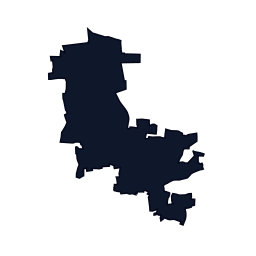 outline of Tinum, Yucatán, Mexico, rotated 82°
{"feature_id": "50627088B49969803808999", "entity_name": "Tinum", "entity_type": "district", "adm_level": 2, "iso_a3": "MEX", "parent_name": "Mexico", "parent_adm1": "Yucatán", "projection": "mercator", "projection_center": [-88.459, 20.741], "detail": "fine", "context": "isolated", "style": "filled", "palette": "ink", "viewbox_px": 256, "rotation_deg": 82, "n_neighbors": 0, "source": "geoboundaries", "source_scale": "gbopen_adm2", "svg_char_len": 5888}
<svg xmlns="http://www.w3.org/2000/svg" viewBox="0 0 256 256"><g transform="rotate(82 128 128)"><path d="M169.1,178.6L162.1,177.6L162.1,174.7L165.0,174.8L165.0,169.2L163.0,169.4L163.9,163.9L164.3,162.5L164.3,161.9L164.1,160.5L164.2,159.9L164.0,159.3L162.6,159.1L163.2,151.8L161.8,151.7L161.1,151.6L162.1,149.2L163.2,147.2L166.2,147.1L166.1,141.2L167.1,141.4L168.7,142.0L170.0,142.4L170.9,142.8L171.6,143.0L171.9,143.0L172.5,143.2L173.1,143.0L174.3,143.1L175.3,143.2L175.2,143.9L175.2,144.8L175.1,145.6L175.0,146.4L175.8,146.2L177.4,146.1L177.7,146.1L178.5,146.1L179.1,146.2L180.5,146.1L181.4,146.2L181.9,146.2L182.2,146.2L182.3,147.4L182.3,148.5L182.1,149.3L183.0,149.5L183.1,149.4L183.5,149.7L184.3,149.7L184.6,149.8L185.2,150.3L185.5,150.3L186.2,150.2L187.1,150.6L187.4,150.6L188.1,150.2L188.4,149.6L188.6,148.9L189.0,148.0L189.4,146.8L189.8,145.1L189.8,144.7L191.2,144.1L192.1,144.1L192.3,139.2L192.1,138.8L193.6,135.7L193.6,132.7L193.9,132.1L194.8,130.2L195.2,129.5L193.6,129.3L194.1,128.2L192.5,127.6L193.1,123.8L193.2,122.9L193.2,122.5L193.5,121.5L192.1,121.0L192.2,119.6L193.9,116.8L194.4,116.5L196.0,118.0L197.1,116.4L197.5,115.9L198.4,116.5L198.9,117.1L200.0,117.5L200.4,117.3L207.0,117.4L208.2,117.4L209.0,117.4L213.1,117.7L213.6,115.1L213.3,114.2L213.1,112.6L212.7,111.4L212.7,110.4L214.5,110.9L216.0,111.4L216.0,112.0L216.1,113.3L216.3,114.0L217.8,114.4L217.9,113.3L217.6,112.1L217.6,111.5L217.6,110.6L217.8,109.8L218.4,109.9L219.0,107.4L220.5,107.9L221.0,108.3L221.6,108.5L224.5,108.3L223.1,105.9L222.1,104.5L222.3,103.9L223.3,102.1L223.5,101.8L224.1,100.9L224.5,99.3L224.6,98.5L224.6,96.7L224.8,95.7L224.8,94.8L225.1,94.4L227.3,90.3L228.3,88.5L230.2,89.7L231.7,87.0L228.4,85.2L227.9,84.8L225.2,83.5L224.5,83.4L223.8,83.1L222.2,82.8L219.7,82.6L215.4,82.8L215.5,81.0L215.6,80.9L215.5,79.7L215.5,78.9L215.2,76.5L214.2,76.0L214.1,75.8L213.7,74.2L213.8,73.7L213.7,73.0L207.9,71.9L207.2,75.7L205.1,74.8L201.8,74.5L201.8,74.9L201.6,76.5L201.6,77.2L201.7,77.5L201.8,77.9L201.8,78.2L202.2,80.1L202.3,80.9L202.1,82.4L202.0,83.6L201.8,85.2L201.6,86.5L201.1,87.8L200.5,89.0L200.0,90.3L199.2,92.8L200.2,93.4L200.8,93.8L201.3,94.2L201.5,94.3L202.1,94.4L203.5,94.5L204.4,94.5L205.4,94.7L206.3,94.7L207.2,94.7L207.6,94.6L208.3,94.3L209.3,94.1L209.2,95.3L209.5,96.2L209.5,96.5L209.3,98.1L209.4,99.4L209.3,100.0L207.9,99.6L206.1,99.2L205.3,99.0L204.5,98.7L203.4,98.4L202.2,97.5L201.5,97.1L201.1,96.8L200.8,96.6L199.5,96.1L198.2,95.8L197.9,96.2L197.8,96.4L197.5,96.8L197.3,97.4L197.0,98.0L196.4,99.1L195.8,100.8L194.5,101.0L194.0,101.0L193.4,100.9L192.7,100.9L189.8,101.1L189.6,100.6L189.3,100.1L188.9,99.5L188.6,98.4L188.0,96.4L187.7,95.8L187.3,95.1L187.1,94.3L186.9,93.8L186.7,93.3L186.4,92.1L186.2,91.6L186.0,91.2L186.0,90.6L185.8,90.2L185.9,89.4L185.9,89.2L186.0,88.5L186.1,87.9L186.1,86.9L186.4,85.5L186.5,84.3L186.1,80.6L186.0,79.9L185.9,78.1L185.6,76.4L185.5,76.0L185.2,75.6L184.1,74.2L183.4,73.3L182.5,72.4L182.2,72.0L181.1,69.6L180.8,68.3L180.6,67.8L180.6,67.5L180.0,65.3L179.8,64.7L179.8,64.3L179.6,63.7L179.6,63.3L179.5,63.1L179.3,62.0L179.4,61.2L179.3,60.1L179.1,59.2L176.4,59.8L175.6,59.4L174.9,59.3L174.1,59.3L173.2,59.7L173.6,61.8L171.6,63.3L165.2,62.5L166.2,57.4L165.7,57.1L164.4,56.4L163.7,57.6L163.2,58.8L162.6,60.0L161.6,62.8L161.5,63.3L161.2,64.1L160.9,65.1L160.6,65.7L160.2,66.2L160.1,66.5L159.4,66.9L164.8,65.9L171.1,73.7L170.7,76.1L169.4,78.5L169.3,80.4L169.5,83.2L165.7,81.1L162.0,78.1L158.1,76.8L156.1,75.3L156.4,74.7L156.4,74.0L156.9,70.6L154.8,70.0L150.6,61.7L145.8,61.0L142.8,60.8L143.0,69.5L143.7,70.8L143.9,71.6L143.6,72.2L143.4,72.5L143.2,73.3L143.0,75.1L141.0,74.9L140.5,75.3L140.4,75.7L139.8,76.4L139.6,76.8L139.1,77.5L138.4,78.3L138.1,78.8L137.8,79.9L137.2,83.1L137.1,84.2L136.7,85.8L135.0,89.6L134.9,89.9L134.5,90.7L135.4,90.9L139.5,92.1L140.9,92.4L143.2,93.0L142.5,95.2L142.0,96.5L141.4,97.4L140.7,102.9L140.6,104.7L139.6,108.6L141.6,109.6L141.3,110.7L141.0,112.3L139.2,112.0L136.3,110.8L135.4,110.3L135.8,109.2L137.8,101.1L134.1,100.1L131.7,99.7L129.8,99.2L129.1,100.1L128.4,100.8L128.1,101.3L127.8,103.2L127.8,103.5L128.1,104.1L128.3,104.8L128.7,106.3L127.7,106.3L126.5,106.4L126.0,106.3L125.1,106.3L123.8,106.0L123.1,106.0L121.5,112.2L121.2,113.9L121.1,115.6L120.8,118.0L126.1,118.6L126.2,118.1L126.6,118.0L129.3,118.8L128.1,122.5L127.4,125.8L129.0,126.4L128.5,128.5L126.6,128.3L120.1,126.2L118.3,125.9L117.2,125.9L115.3,126.1L112.4,126.6L109.6,127.8L101.7,132.2L100.4,132.8L92.3,135.5L92.1,135.6L91.2,135.5L91.0,134.0L89.1,124.6L81.0,123.7L81.2,125.2L62.3,126.0L64.3,109.6L64.6,107.7L64.6,107.1L56.8,105.9L54.2,121.4L53.5,121.3L53.0,123.9L50.5,123.9L50.4,124.3L49.8,124.2L49.2,123.9L48.5,123.8L44.3,123.6L41.7,123.4L40.8,123.1L40.6,123.0L39.9,124.2L39.3,125.4L38.7,127.1L38.2,128.3L36.5,131.5L34.9,135.0L34.6,138.3L33.6,140.2L31.9,144.0L30.1,147.7L29.1,150.0L24.3,154.0L35.3,154.4L36.0,154.7L37.3,155.4L38.1,155.4L37.7,178.2L37.6,181.2L44.5,179.9L42.1,183.8L43.7,184.1L46.3,184.9L48.1,185.0L46.5,194.7L50.7,194.7L50.7,193.1L57.4,193.4L60.0,194.4L62.9,194.6L62.9,195.6L63.0,198.9L63.2,199.0L68.7,199.6L69.0,197.2L68.9,195.9L69.0,195.3L68.9,193.4L69.0,189.8L69.2,188.9L69.4,186.6L69.7,185.6L69.9,185.0L70.0,183.3L73.6,182.4L80.6,183.5L85.2,185.3L84.9,187.6L90.0,188.2L91.3,187.8L101.6,187.2L102.5,186.6L105.2,186.1L106.2,188.9L108.2,188.7L114.1,187.5L117.2,189.4L118.3,190.2L121.4,192.7L122.6,193.6L122.9,194.2L123.8,194.3L125.4,194.8L125.7,194.8L128.1,195.4L132.5,197.0L135.1,184.6L134.6,182.0L134.6,181.4L134.7,180.3L135.4,177.2L137.4,177.0L138.2,176.6L138.3,176.3L138.2,176.0L138.3,175.8L139.0,175.7L142.4,175.5L142.6,175.8L142.5,176.5L142.1,177.7L141.9,179.5L140.6,180.3L140.1,180.7L139.7,181.2L139.5,181.5L139.5,182.0L139.7,182.4L143.5,182.8L146.1,183.1L146.4,182.3L151.1,182.6L152.9,182.4L154.7,182.0L157.5,181.4L160.8,183.2L166.0,185.3L169.4,185.9L170.8,183.0L169.3,179.5L169.1,178.6Z" fill="#0f172a" stroke="#020617" stroke-width="1.5"/></g></svg>